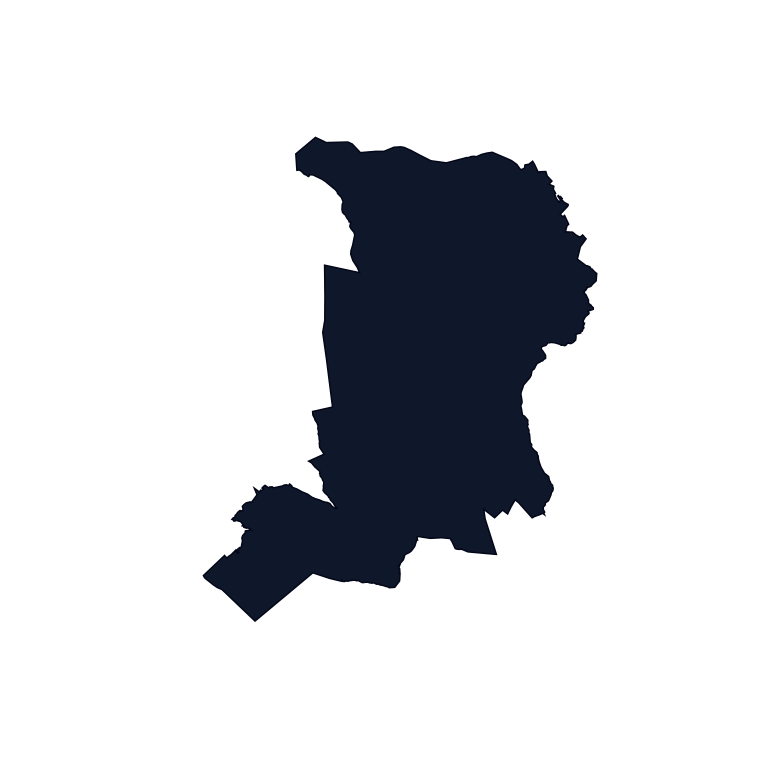 the district of Calpulalpan, Tlaxcala, Mexico, rotated 126°
{"feature_id": "50627088B29705305606348", "entity_name": "Calpulalpan", "entity_type": "district", "adm_level": 2, "iso_a3": "MEX", "parent_name": "Mexico", "parent_adm1": "Tlaxcala", "projection": "natural_earth1", "projection_center": [-98.554, 19.552], "detail": "fine", "context": "isolated", "style": "filled", "palette": "ink", "viewbox_px": 768, "rotation_deg": 126, "n_neighbors": 0, "source": "geoboundaries", "source_scale": "gbopen_adm2", "svg_char_len": 6171}
<svg xmlns="http://www.w3.org/2000/svg" viewBox="0 0 768 768"><g transform="rotate(126 384 384)"><path d="M455.8,192.9L433.7,222.9L426.7,229.7L427.2,215.9L416.3,213.9L416.5,207.6L408.6,209.0L400.6,209.8L400.9,205.2L405.2,185.5L404.2,184.9L403.3,184.7L397.1,180.5L396.7,180.9L395.4,179.4L395.4,177.4L394.5,178.9L393.2,178.7L391.9,181.3L390.1,182.8L387.8,182.4L386.8,182.6L385.4,183.6L382.5,182.5L381.4,182.4L375.4,183.8L373.4,184.8L371.9,184.6L370.1,185.1L368.7,186.0L367.8,187.4L366.8,188.1L366.6,190.4L365.4,191.9L364.9,193.4L362.1,196.4L361.8,201.9L358.9,208.3L355.9,212.6L353.6,215.3L352.2,216.4L351.3,217.4L351.0,218.6L349.7,219.6L349.4,220.9L349.3,223.6L348.3,227.9L346.7,228.5L346.1,229.1L345.4,231.3L339.0,236.8L338.3,238.2L336.1,239.6L335.1,241.5L333.7,243.3L331.9,243.7L331.5,244.5L328.7,246.4L327.4,251.4L327.8,253.3L327.7,253.7L323.0,258.5L321.8,260.0L320.7,260.7L318.1,261.3L316.6,262.4L311.6,267.4L310.0,268.2L304.9,269.7L303.1,270.5L293.4,269.7L290.6,270.0L286.5,272.0L285.6,272.0L283.5,271.3L278.4,272.2L276.8,271.9L274.6,270.7L273.8,270.6L272.0,269.3L269.9,269.1L268.4,268.3L266.2,269.8L265.5,270.9L263.8,275.4L263.3,277.8L262.5,277.8L261.2,278.1L260.4,277.9L257.9,275.9L256.9,275.6L254.7,275.7L254.1,275.4L253.5,274.4L252.2,273.3L250.3,270.1L248.6,265.3L248.6,263.9L248.3,263.1L247.6,262.6L246.9,260.5L246.2,259.9L244.9,259.5L243.4,259.6L242.6,258.9L241.6,256.7L239.2,255.4L235.8,254.8L233.2,256.2L231.9,257.2L231.9,258.0L230.9,257.7L229.1,256.6L228.5,255.8L226.9,254.8L225.7,255.8L224.7,254.7L224.0,254.8L223.4,255.4L221.6,255.2L220.9,255.4L220.4,256.8L219.9,256.7L217.3,257.4L217.7,257.8L217.1,258.2L216.0,260.0L211.3,260.6L206.7,259.5L205.8,260.1L205.3,261.9L200.6,258.6L199.3,259.5L198.9,262.6L198.6,262.7L198.5,266.0L195.8,268.0L193.0,273.3L193.0,274.2L192.3,275.9L191.7,276.5L191.4,276.6L191.4,276.1L190.0,276.2L188.9,275.8L187.6,276.1L187.2,276.7L186.9,276.7L186.3,276.4L186.4,276.0L185.6,275.7L184.2,274.5L182.8,273.9L181.3,274.0L175.8,273.0L169.5,276.9L169.6,278.4L169.0,281.9L169.2,282.7L168.7,282.9L169.1,284.2L168.2,286.3L168.9,289.1L169.5,290.2L169.3,301.0L157.6,305.8L147.8,305.8L146.7,310.9L149.2,311.5L150.2,312.4L150.6,316.5L150.3,320.7L154.3,326.7L148.6,328.9L146.2,328.5L141.5,337.0L143.6,337.6L143.1,341.2L132.5,339.9L131.3,340.0L130.5,340.5L131.1,344.9L130.4,348.8L130.2,349.0L129.2,348.8L128.6,351.4L129.5,351.8L129.0,353.7L129.8,353.9L131.5,349.3L133.9,349.3L132.8,353.3L130.3,357.3L128.9,357.2L126.9,361.5L124.2,362.8L125.4,368.0L121.1,367.4L119.8,374.2L117.0,378.0L120.8,382.9L122.2,383.4L117.8,391.4L116.4,394.7L120.9,395.9L123.9,398.7L126.9,397.2L129.8,398.9L130.1,400.2L128.3,405.7L128.3,411.8L128.7,414.2L132.9,432.6L136.6,436.4L140.9,440.0L145.6,442.7L147.2,445.5L149.0,447.4L149.2,447.0L152.2,449.9L152.2,450.2L168.4,463.5L175.8,477.2L177.8,489.4L179.2,499.4L180.7,506.6L182.3,509.9L186.6,515.1L195.7,520.7L200.7,527.5L210.7,539.1L208.5,550.7L209.5,555.5L222.6,572.6L224.8,584.4L249.7,590.6L262.3,580.1L261.0,578.7L260.6,577.9L260.5,575.8L261.2,571.9L260.5,569.1L260.7,567.6L260.4,566.9L258.2,566.9L256.6,564.3L254.8,554.6L254.6,550.6L255.4,537.5L256.1,534.8L257.1,533.7L258.1,528.1L260.8,523.9L263.2,523.4L267.5,520.6L269.4,518.6L269.9,517.0L270.0,514.8L271.8,510.9L272.3,508.7L273.4,507.5L272.7,506.0L276.6,504.3L277.7,502.2L279.0,497.4L280.6,495.3L290.0,491.0L296.0,488.9L296.6,488.3L298.4,487.4L302.4,481.8L305.5,473.9L308.3,469.2L322.8,501.9L347.8,483.3L367.2,469.4L378.3,463.9L397.3,445.5L432.9,412.1L448.2,425.6L450.9,423.3L452.9,419.4L453.6,418.8L455.0,415.1L456.9,412.4L458.7,411.6L461.5,408.4L462.6,408.3L463.8,407.0L464.1,406.2L467.4,403.5L468.2,402.3L469.8,401.7L473.1,398.8L476.0,391.2L490.7,399.6L490.4,396.4L491.8,391.0L492.3,385.2L493.1,383.8L494.2,383.6L494.8,382.6L496.0,381.5L496.6,378.8L497.6,377.5L498.7,375.1L501.1,373.6L502.0,373.3L503.2,372.2L506.0,370.7L506.9,367.9L507.3,363.6L508.3,362.1L508.1,361.6L508.3,360.8L509.3,359.2L510.2,354.7L511.4,352.5L512.3,349.1L512.9,349.5L513.0,350.6L513.4,351.2L513.5,352.5L513.4,354.8L512.6,356.9L512.6,358.1L513.2,360.5L514.0,361.8L515.2,365.2L515.6,367.7L517.2,372.3L518.0,376.0L518.0,380.9L519.5,387.3L520.1,392.4L521.4,397.4L521.3,398.2L520.9,398.2L520.5,399.2L520.4,401.6L522.3,401.5L522.8,403.6L524.4,405.3L526.4,406.4L532.5,411.9L533.0,412.7L532.8,413.7L533.6,414.9L534.0,415.0L534.2,415.7L534.8,416.1L535.8,415.9L535.9,420.7L537.8,421.3L539.9,421.5L539.9,419.6L542.1,420.3L542.3,421.4L544.6,421.4L544.5,427.7L548.3,421.6L557.3,421.6L558.4,423.3L558.9,422.7L558.8,423.0L559.7,424.4L561.4,425.7L564.0,426.4L566.2,426.7L568.2,424.3L569.6,424.1L570.5,424.7L571.0,426.1L572.0,426.5L574.1,426.9L576.7,426.8L577.7,427.2L578.8,426.6L580.1,426.6L580.8,427.2L581.6,427.4L582.9,427.4L582.5,426.6L583.1,425.2L582.8,425.1L582.6,424.0L581.6,423.9L581.1,423.1L579.6,419.1L580.6,415.4L582.1,415.4L581.3,413.4L582.3,413.1L582.1,412.3L581.4,411.6L581.6,411.0L581.2,410.9L581.3,410.4L580.7,410.1L580.7,409.6L580.3,409.1L580.2,407.1L579.8,406.4L580.1,405.7L584.3,409.8L584.7,409.7L585.7,408.9L589.7,409.2L592.1,408.5L594.1,406.3L599.6,403.8L602.0,403.7L601.5,404.8L604.9,405.5L605.4,404.2L605.4,402.4L606.8,402.8L606.4,404.6L605.4,406.3L611.8,407.3L615.5,408.6L616.9,408.6L616.9,410.6L616.4,412.2L645.1,417.5L646.1,415.5L646.3,414.6L646.8,403.9L646.6,399.1L645.5,394.4L651.6,349.0L578.6,330.6L573.2,313.7L568.5,302.3L567.5,302.8L567.7,301.0L567.2,300.1L565.6,298.7L564.3,296.7L563.2,296.3L562.7,295.4L561.6,294.4L559.9,292.3L559.1,290.1L558.2,289.5L557.5,285.0L556.8,283.9L556.4,283.7L553.9,280.7L553.9,280.3L552.6,277.3L552.1,276.5L551.1,275.9L550.3,272.3L549.3,270.9L548.9,269.8L549.0,269.2L547.7,266.7L546.5,263.0L545.9,261.9L545.7,260.0L542.2,255.8L534.2,255.6L528.1,259.5L528.4,259.9L527.6,260.8L527.2,260.3L524.3,262.7L524.6,263.6L522.6,264.3L522.7,264.7L520.9,264.8L521.2,265.5L514.8,265.0L511.3,266.2L511.2,266.4L509.5,266.6L505.1,264.3L502.6,263.7L497.4,263.7L491.0,265.8L490.9,266.1L490.5,266.0L490.4,265.3L488.3,267.4L487.9,267.4L486.8,265.8L481.7,255.9L474.5,247.0L470.2,239.7L470.1,239.1L470.7,238.5L471.5,236.4L475.3,229.6L474.7,227.8L473.7,226.1L472.5,224.7L471.8,223.2L470.5,217.5L455.8,192.9Z" fill="#0f172a" stroke="#020617" stroke-width="1.5"/></g></svg>